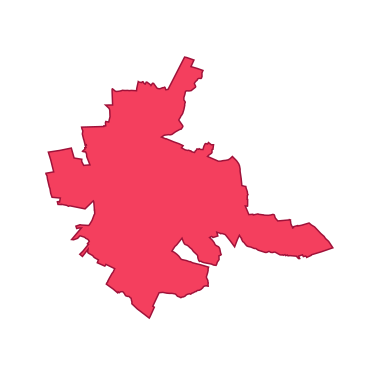 Banca, Vaslui, Romania (Robinson projection), rotated 10°
{"feature_id": "2599482B8370151294512", "entity_name": "Banca", "entity_type": "district", "adm_level": 2, "iso_a3": "ROU", "parent_name": "Romania", "parent_adm1": "Vaslui", "projection": "robinson", "projection_center": [27.822, 46.347], "detail": "fine", "context": "isolated", "style": "filled", "palette": "rose", "viewbox_px": 384, "rotation_deg": 10, "n_neighbors": 0, "source": "geoboundaries", "source_scale": "gbopen_adm2", "svg_char_len": 5948}
<svg xmlns="http://www.w3.org/2000/svg" viewBox="0 0 384 384"><g transform="rotate(10 192 192)"><path d="M224.3,281.9L223.8,280.2L223.8,278.7L223.3,277.9L223.1,276.8L222.5,275.7L221.3,274.2L220.9,273.0L221.4,268.9L221.5,266.5L221.2,264.8L221.4,263.1L213.5,262.2L204.8,261.6L202.6,260.9L201.2,261.0L198.6,260.5L193.8,260.3L192.7,259.9L190.1,257.4L187.8,255.9L185.1,254.5L182.5,253.7L184.6,248.6L186.1,246.7L190.2,239.2L192.4,243.0L193.6,244.4L194.2,244.8L196.6,245.3L198.2,246.1L199.2,246.9L201.7,248.3L203.7,250.3L207.9,253.0L208.7,253.9L209.2,255.8L210.5,258.3L211.5,259.1L212.8,258.6L214.0,259.2L216.0,259.5L223.7,259.6L226.0,260.2L228.4,260.1L228.8,259.0L229.1,256.7L230.4,253.9L229.6,250.2L231.4,249.0L231.6,248.3L231.0,247.7L229.2,243.1L228.3,241.9L227.5,241.3L225.2,240.6L223.9,239.9L222.6,238.0L220.5,236.0L217.2,233.8L218.9,232.4L220.0,232.7L220.5,233.2L225.1,230.8L223.4,227.3L227.1,227.8L227.5,228.1L228.5,227.7L229.6,227.7L232.2,228.2L238.3,233.6L243.5,238.6L245.0,230.8L246.2,226.4L247.6,228.0L248.9,229.1L248.7,229.5L250.6,232.0L251.7,232.5L254.3,234.8L255.4,235.6L256.6,235.9L259.5,236.0L263.1,236.8L264.7,236.6L267.3,237.8L274.7,238.8L276.1,238.5L277.7,237.3L278.7,237.2L280.1,237.8L282.0,237.6L283.1,237.0L284.3,236.8L289.6,238.6L291.0,238.5L292.2,238.1L292.8,238.5L294.4,237.5L295.2,238.4L297.0,237.5L297.6,238.2L299.7,237.6L305.9,237.1L308.1,238.8L308.9,239.1L309.6,238.8L308.1,236.6L311.7,234.7L312.9,236.3L314.8,235.4L315.8,235.7L316.3,236.5L320.4,233.7L320.5,233.1L329.8,228.4L340.4,222.5L335.1,216.9L331.5,214.6L329.8,212.8L326.0,210.5L318.8,205.1L315.2,203.7L312.7,202.2L305.7,205.7L302.1,207.1L301.9,206.7L298.5,208.3L297.8,208.7L298.1,209.5L297.3,209.9L297.0,209.0L295.9,207.8L294.8,206.0L294.0,203.2L293.6,202.8L293.7,202.4L292.7,202.3L292.7,202.6L281.5,205.6L278.6,203.2L278.0,202.2L277.3,200.7L276.9,200.2L276.1,200.0L275.3,200.1L273.7,200.9L271.3,201.7L267.0,202.3L266.7,202.1L261.3,202.4L260.8,202.1L256.5,203.9L256.3,203.6L255.8,203.7L255.6,203.4L251.9,204.4L246.9,196.5L249.1,196.3L249.1,195.7L248.1,189.7L247.6,189.7L247.1,185.8L247.6,184.9L247.0,184.1L246.4,182.0L244.5,178.6L244.3,177.8L244.0,177.2L243.3,177.3L240.0,177.0L238.1,170.3L235.7,163.0L235.4,161.1L234.2,157.9L233.0,156.0L230.5,153.5L227.3,151.2L226.8,151.1L226.6,150.7L225.6,150.0L223.7,152.6L222.1,154.0L219.6,155.0L217.1,155.7L215.0,156.6L212.7,157.1L201.1,154.3L201.9,153.0L204.4,150.5L204.8,149.7L204.4,146.9L204.5,146.5L205.2,146.3L205.0,141.7L202.8,142.1L199.6,140.4L199.1,141.9L198.5,142.0L197.0,141.9L196.6,142.2L195.8,144.7L195.4,148.3L192.9,148.6L191.5,148.1L191.1,148.8L189.4,148.7L189.0,150.0L188.0,151.3L187.9,152.1L187.5,152.7L184.9,152.4L183.9,152.0L183.8,151.7L182.3,151.7L181.6,151.4L180.6,151.8L178.0,151.7L176.2,151.1L174.0,150.3L175.2,147.9L170.8,146.7L165.4,145.8L157.2,144.0L156.8,144.2L152.4,143.2L154.8,140.9L158.8,139.6L160.5,139.5L162.2,138.8L165.3,135.6L169.0,132.6L170.5,131.9L171.5,129.6L171.6,128.8L171.1,128.1L166.6,123.6L166.5,123.1L167.6,120.4L167.9,119.0L168.3,118.5L169.2,116.2L169.7,112.0L169.8,107.9L169.5,106.5L169.8,105.0L169.6,104.4L168.0,102.7L167.6,100.4L168.0,97.3L168.1,94.4L168.6,93.6L169.0,93.3L171.5,93.0L173.6,92.3L177.2,88.2L177.3,87.7L177.1,87.1L175.5,84.9L175.7,83.8L176.7,82.1L177.6,81.1L177.9,79.9L178.3,79.4L179.1,78.9L181.2,78.6L181.5,78.2L181.8,76.6L181.1,73.0L181.7,70.4L175.6,69.4L169.2,68.7L171.0,61.7L163.6,60.5L161.3,60.4L150.6,95.1L148.5,95.9L148.3,95.8L147.4,93.9L146.9,93.5L145.8,94.2L144.9,94.4L142.8,95.7L141.9,96.0L140.0,96.0L139.3,95.6L135.3,91.7L134.2,91.8L133.1,94.2L132.7,93.7L128.5,91.6L127.8,91.8L127.3,93.8L127.1,93.9L125.8,93.3L125.0,92.2L124.5,91.9L123.9,92.1L123.7,92.8L123.2,93.0L120.4,92.9L119.9,92.6L119.6,99.6L119.8,101.9L114.7,102.5L112.5,103.1L111.1,103.1L108.3,103.7L105.8,103.9L104.7,104.6L102.7,105.4L100.2,106.1L99.1,106.1L95.8,104.2L95.6,104.3L95.5,105.0L96.1,108.0L98.7,120.1L91.8,121.4L95.6,123.9L96.3,124.7L96.9,126.1L98.2,132.2L97.8,137.6L94.9,137.5L94.7,138.8L95.5,141.8L93.7,142.2L93.8,142.8L72.0,147.3L72.6,148.8L73.9,150.8L73.9,153.9L76.1,158.9L76.6,159.7L78.4,163.8L79.7,163.7L79.9,164.2L78.7,164.6L79.9,166.6L78.7,167.0L78.8,167.6L79.2,168.2L77.1,170.9L77.5,171.1L79.4,171.1L80.0,170.8L80.5,171.2L80.8,171.9L81.2,172.2L81.5,172.7L82.2,175.5L86.8,183.0L80.7,184.6L78.3,181.4L77.9,180.3L77.8,178.9L70.0,179.0L65.5,169.7L54.6,174.0L43.6,177.7L47.2,184.7L52.3,196.2L44.9,198.9L45.0,199.5L46.4,201.2L47.4,204.3L50.5,211.6L51.5,213.3L53.1,217.9L55.1,221.5L63.4,220.8L63.3,224.8L62.0,224.6L61.1,225.0L62.2,227.5L65.4,227.1L65.4,226.8L70.9,226.9L72.8,227.5L74.1,226.8L89.6,227.2L96.3,217.9L96.4,218.0L97.0,218.9L98.6,224.9L98.8,226.1L99.0,226.2L99.2,226.7L99.0,227.0L99.4,227.8L100.0,230.5L99.6,231.3L98.5,237.3L96.9,241.5L96.3,242.6L95.9,242.9L89.1,243.7L87.4,243.7L83.6,245.8L84.8,248.0L86.8,247.1L89.3,246.6L81.7,259.7L83.7,259.6L87.4,257.5L89.1,254.8L89.6,254.6L93.5,255.1L94.7,255.5L95.3,256.0L97.4,256.6L98.5,257.4L99.4,258.4L98.0,261.1L99.1,261.5L94.8,269.3L92.3,272.8L95.3,274.5L99.5,266.6L99.6,269.0L100.4,270.1L105.3,271.9L106.3,272.9L107.4,273.6L111.6,275.1L111.0,278.1L118.9,280.1L119.3,279.8L119.8,278.2L129.2,280.9L128.2,284.7L127.4,286.1L125.7,290.9L124.5,294.6L124.7,295.0L124.0,296.1L123.6,297.6L131.1,301.2L136.2,304.2L136.6,303.2L137.7,303.9L139.0,302.6L140.9,302.2L141.6,302.5L143.1,303.8L143.9,304.9L144.8,305.7L146.7,306.0L148.0,305.8L148.7,306.2L149.8,307.0L150.5,307.2L151.3,309.5L151.9,310.6L152.2,312.5L158.5,316.7L171.8,323.6L172.3,322.2L174.9,312.0L173.2,311.3L177.1,296.9L180.7,295.9L184.5,296.0L187.1,295.8L190.0,295.3L192.7,295.3L193.7,295.5L195.8,297.2L198.3,297.6L198.9,298.0L199.6,297.9L200.3,297.3L201.4,296.8L201.8,296.8L203.3,295.7L204.0,294.6L205.0,293.7L207.1,292.6L208.1,292.9L208.6,292.7L209.3,291.8L210.9,290.9L212.3,289.6L213.2,289.4L214.3,288.1L216.4,287.4L217.7,286.4L218.6,285.2L219.1,284.7L219.7,283.3L220.3,282.7L222.3,281.8L223.2,282.0L224.3,281.9Z" fill="#f43f5e" stroke="#9f1239" stroke-width="1.5"/></g></svg>